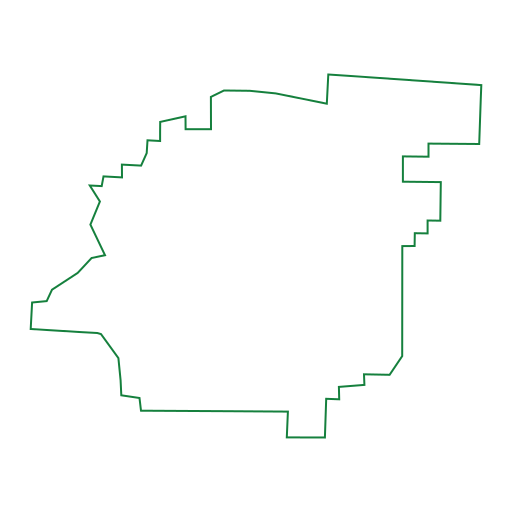 the district of Calhoun, Alabama, United States of America
{"feature_id": "52423323B11453074056273", "entity_name": "Calhoun", "entity_type": "district", "adm_level": 2, "iso_a3": "USA", "parent_name": "United States of America", "parent_adm1": "Alabama", "projection": "orthographic", "projection_center": [-85.86, 33.762], "detail": "fine", "context": "isolated", "style": "outline", "palette": "green", "viewbox_px": 512, "rotation_deg": 0, "n_neighbors": 0, "source": "geoboundaries", "source_scale": "gbopen_adm2", "svg_char_len": 875}
<svg xmlns="http://www.w3.org/2000/svg" viewBox="0 0 512 512"><path d="M89.8,185.5L99.9,201.5L90.4,224.6L105.0,255.2L91.6,258.0L77.7,272.9L52.0,289.7L46.7,301.1L32.1,302.5L30.7,329.0L79.0,332.0L97.2,333.0L101.0,334.1L118.4,358.1L120.6,380.4L121.3,395.3L139.5,398.0L141.0,410.7L228.5,411.2L287.9,411.6L286.8,437.4L324.9,437.5L326.2,398.8L339.2,399.3L338.9,386.9L364.4,384.9L364.0,374.3L389.6,374.8L402.2,356.1L402.3,246.1L414.6,246.0L414.8,233.2L427.6,233.4L427.6,220.5L440.3,220.7L440.8,182.1L402.9,181.7L402.9,156.4L428.5,156.7L428.5,143.6L479.2,144.0L480.8,98.0L481.3,85.1L347.9,75.8L328.3,74.5L326.8,103.7L275.7,93.4L249.8,90.8L224.0,90.5L210.9,96.9L211.0,129.2L185.6,129.2L185.5,116.3L160.2,121.9L160.1,131.8L160.1,141.0L147.5,140.3L146.7,153.1L141.1,165.6L121.9,164.6L122.0,177.4L103.5,176.4L101.7,186.1L89.8,185.5Z" fill="none" stroke="#15803d" stroke-width="2"/></svg>